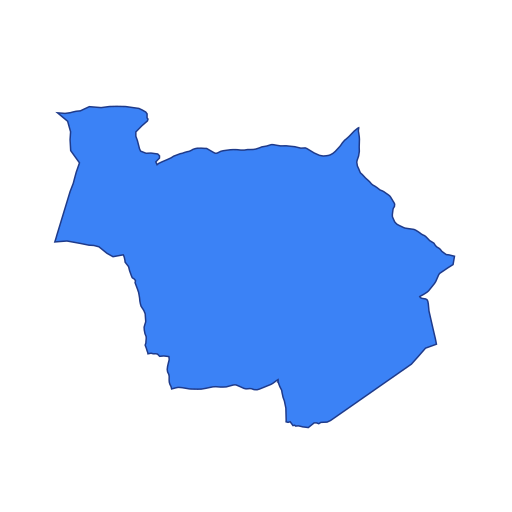 Ohimini, Benue, Nigeria (orthographic projection), rotated 349°
{"feature_id": "59680162B2835516393243", "entity_name": "Ohimini", "entity_type": "district", "adm_level": 2, "iso_a3": "NGA", "parent_name": "Nigeria", "parent_adm1": "Benue", "projection": "orthographic", "projection_center": [7.932, 7.257], "detail": "fine", "context": "isolated", "style": "filled", "palette": "blue", "viewbox_px": 512, "rotation_deg": 349, "n_neighbors": 0, "source": "geoboundaries", "source_scale": "gbopen_adm2", "svg_char_len": 4249}
<svg xmlns="http://www.w3.org/2000/svg" viewBox="0 0 512 512"><g transform="rotate(349 256 256)"><path d="M98.8,214.7L103.6,217.0L110.2,224.9L115.5,229.4L125.9,229.5L126.4,231.5L126.5,234.0L126.5,235.9L126.3,236.9L127.3,239.0L128.6,241.5L128.9,242.5L129.1,246.3L129.5,248.9L129.9,251.6L130.3,253.5L130.6,254.0L131.7,254.9L132.2,255.6L133.0,257.1L132.8,257.6L132.6,258.4L132.2,259.1L132.6,261.5L133.4,266.2L133.6,267.9L133.8,269.0L133.8,271.8L133.7,275.0L133.5,277.0L133.4,278.4L133.4,280.9L133.5,282.2L133.6,283.4L135.5,288.1L136.2,291.6L135.6,296.5L135.3,298.9L135.1,299.7L133.6,302.5L132.6,304.5L132.2,307.4L132.2,309.4L132.2,311.0L132.8,314.2L132.5,316.0L131.7,318.8L131.3,320.4L130.2,322.3L130.3,323.1L130.7,325.3L131.0,328.2L131.3,330.1L131.3,331.4L134.4,331.4L136.5,332.4L138.9,332.8L140.6,333.5L142.3,336.1L146.4,336.5L151.3,338.1L151.2,339.6L151.0,341.3L149.6,344.2L148.1,347.6L147.2,350.4L147.1,352.9L147.8,355.6L147.8,357.6L147.1,361.0L146.8,363.3L147.0,365.5L147.7,368.0L147.8,370.4L152.1,370.1L154.5,370.1L156.1,370.5L158.5,371.2L165.4,373.8L167.8,374.4L173.4,375.6L176.9,376.2L181.0,376.3L188.7,376.2L191.6,376.6L195.9,377.8L199.0,378.4L201.9,378.8L208.9,378.3L210.6,378.4L211.9,378.8L215.2,381.0L219.0,383.7L220.8,384.5L223.0,384.8L224.5,384.9L226.2,385.4L228.6,386.8L231.5,387.5L233.8,387.3L238.0,386.5L242.5,385.6L246.1,384.9L248.2,384.2L252.6,382.1L254.1,381.5L254.1,382.1L254.0,382.4L253.8,383.1L253.3,383.8L253.7,384.0L253.9,385.3L254.1,386.7L254.5,388.9L255.6,392.8L255.5,395.1L255.6,399.9L256.2,403.6L256.3,411.0L254.3,422.9L253.9,424.5L255.7,425.4L257.9,425.2L259.2,427.9L259.9,429.5L261.7,429.5L262.4,430.5L265.2,430.8L267.7,431.9L269.4,432.7L271.4,433.3L274.6,434.4L277.8,432.7L281.3,430.9L283.7,431.4L285.6,432.6L287.9,431.7L294.1,432.6L297.8,431.7L387.9,391.8L395.7,385.9L404.8,378.8L416.3,377.0L416.3,371.7L415.9,361.6L415.3,343.0L416.0,335.9L416.0,333.1L415.5,331.5L414.3,330.5L410.7,329.2L409.4,328.2L409.0,327.0L413.9,325.4L417.1,324.1L418.8,323.1L425.9,317.1L427.6,315.3L431.8,309.2L433.0,308.1L441.9,304.3L447.8,302.0L450.8,294.1L445.6,291.7L443.0,290.9L439.3,286.9L438.2,284.7L437.4,283.6L435.0,281.4L433.9,279.5L433.1,277.4L431.3,275.7L429.4,274.0L428.0,271.8L426.2,269.1L425.1,268.0L423.8,267.1L422.6,266.1L421.0,264.3L419.4,262.7L418.1,261.5L417.0,260.6L416.0,260.0L411.7,258.5L407.5,257.0L406.4,256.3L402.2,253.2L400.5,251.8L399.3,250.1L398.6,248.8L397.9,245.8L397.4,243.6L397.7,241.5L399.4,236.3L400.1,235.1L401.3,233.9L402.0,231.6L401.8,230.5L399.4,223.9L398.7,222.5L397.3,220.9L395.6,219.2L393.7,217.2L392.3,216.1L390.4,214.9L387.7,211.8L386.1,210.2L384.3,208.7L383.1,207.3L381.7,204.8L378.2,200.1L375.8,196.2L374.4,194.4L374.0,192.9L373.5,190.3L372.7,187.0L372.8,183.1L373.6,181.2L375.8,177.4L377.4,173.0L378.1,168.7L379.8,161.2L380.1,158.8L380.3,154.8L380.3,153.3L380.5,152.1L381.3,149.9L381.3,149.7L380.2,150.0L376.4,152.0L370.3,156.3L368.7,157.3L366.1,158.8L365.2,159.2L362.3,161.5L360.2,163.6L359.3,164.4L353.7,168.5L351.2,169.9L348.2,170.9L346.3,171.1L343.9,171.0L341.1,170.7L337.5,169.3L332.8,166.0L326.4,160.2L325.0,159.3L320.6,158.7L314.9,156.1L309.6,154.5L306.7,153.6L301.1,152.6L297.0,151.1L294.2,150.0L292.5,149.6L291.1,149.7L287.4,150.1L282.5,150.0L280.1,150.5L276.1,151.0L273.6,150.9L270.0,150.3L267.9,149.9L264.6,149.8L261.5,149.2L257.7,148.0L253.9,147.2L250.9,146.8L244.1,146.4L241.5,146.5L237.5,147.6L236.1,147.5L235.3,147.2L233.7,145.9L228.4,141.3L227.8,140.9L225.8,140.5L222.8,139.7L218.9,139.0L216.9,139.0L214.5,139.3L212.5,140.0L210.4,140.5L208.3,140.5L205.8,140.7L203.4,141.1L201.2,141.1L198.9,141.5L194.2,142.3L191.5,143.4L187.0,144.5L181.8,145.6L178.0,146.6L176.3,147.5L175.6,144.5L177.4,143.2L179.9,141.5L180.4,139.3L179.0,137.1L172.5,134.9L167.7,134.2L162.7,131.0L162.1,128.5L161.6,120.1L160.9,115.5L161.7,111.3L168.8,106.4L175.2,102.7L176.1,101.0L175.4,99.6L176.2,95.7L175.2,93.6L172.2,91.0L169.2,88.8L166.0,87.7L156.5,84.4L147.7,82.5L140.6,81.3L132.3,80.8L120.9,77.6L116.0,78.8L111.3,80.0L107.0,79.6L103.6,79.7L101.0,79.9L95.8,79.6L88.5,77.6L96.8,87.8L97.7,98.7L95.7,106.3L94.2,117.2L100.5,130.9L95.6,139.3L92.6,145.4L90.5,149.8L85.8,157.3L64.4,197.7L63.1,200.3L61.2,203.8L73.3,205.2L85.9,210.1L94.1,213.5L98.8,214.7Z" fill="#3b82f6" stroke="#1e3a8a" stroke-width="1.5"/></g></svg>